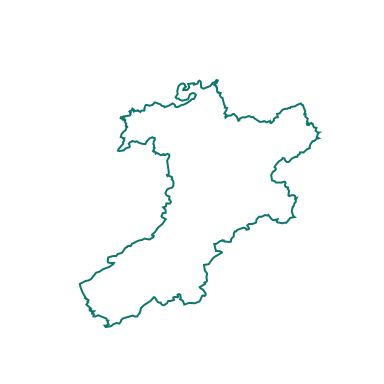 Ambositra, Amoron'i Mania, Madagascar (Natural Earth projection), rotated 248°
{"feature_id": "10022922B13687813160362", "entity_name": "Ambositra", "entity_type": "district", "adm_level": 2, "iso_a3": "MDG", "parent_name": "Madagascar", "parent_adm1": "Amoron'i Mania", "projection": "natural_earth1", "projection_center": [47.304, -20.561], "detail": "fine", "context": "isolated", "style": "outline", "palette": "teal", "viewbox_px": 384, "rotation_deg": 248, "n_neighbors": 0, "source": "geoboundaries", "source_scale": "gbopen_adm2", "svg_char_len": 6071}
<svg xmlns="http://www.w3.org/2000/svg" viewBox="0 0 384 384"><g transform="rotate(248 192 192)"><path d="M97.2,75.3L98.6,77.6L99.9,78.5L100.6,80.6L99.6,90.8L98.2,92.0L97.1,94.3L99.6,98.4L103.6,101.4L105.2,105.6L106.6,113.0L108.8,117.3L108.1,118.0L102.9,119.0L101.7,120.0L101.3,121.5L99.1,121.7L97.8,122.8L97.5,123.6L98.2,127.1L99.9,129.2L98.9,131.3L98.7,134.9L101.1,135.1L101.3,136.5L99.7,139.4L100.0,140.0L102.1,140.1L102.2,141.8L100.8,142.6L97.9,141.9L97.1,140.7L94.4,142.8L90.5,142.7L90.3,147.6L87.8,152.9L87.7,157.4L88.3,158.8L91.8,162.3L92.0,163.3L90.8,164.7L91.6,166.2L92.9,166.6L97.2,165.7L99.6,163.8L100.9,163.5L101.9,169.8L103.3,169.6L103.4,171.9L104.0,172.6L107.9,173.6L110.6,175.5L114.4,174.5L119.9,175.8L118.8,180.5L122.5,186.1L123.5,189.3L124.6,197.0L125.2,197.0L126.9,195.3L128.3,192.1L135.5,193.2L134.8,195.2L135.9,199.4L135.8,202.2L135.2,202.3L135.1,203.4L134.1,203.4L131.8,207.6L131.4,209.1L131.6,209.7L132.7,209.9L134.3,211.6L135.1,214.0L138.3,215.5L139.4,217.0L138.9,217.9L139.9,219.9L139.6,226.5L138.1,228.3L136.6,228.4L136.2,230.6L137.0,231.3L140.3,230.7L141.0,232.8L139.7,236.2L139.7,240.0L142.3,241.5L144.0,245.0L142.9,247.2L143.3,250.8L141.9,253.3L142.2,254.2L137.1,255.6L135.7,256.6L135.1,257.8L134.7,261.2L133.0,259.5L131.9,259.8L129.0,264.3L129.0,265.9L128.1,268.0L131.2,273.5L130.3,277.8L132.3,276.8L136.9,277.4L140.3,279.6L140.5,280.6L143.4,283.1L143.9,284.5L145.9,285.3L147.1,286.6L147.0,285.1L149.4,286.1L150.5,285.7L151.7,283.3L151.8,280.6L152.7,280.1L156.9,282.5L159.0,281.9L160.1,282.8L161.8,280.7L163.6,280.7L165.1,282.1L166.5,282.1L167.1,281.4L167.1,278.8L169.3,273.4L171.4,272.4L172.7,270.6L177.9,271.7L180.5,274.6L180.5,276.1L181.5,278.2L182.7,278.5L184.1,277.8L185.7,279.9L187.9,284.2L188.5,287.8L189.5,288.7L188.5,290.3L186.4,290.2L184.2,291.2L183.6,293.1L185.6,297.0L185.9,300.8L185.1,302.8L186.6,303.9L186.8,305.9L188.3,306.9L186.9,310.2L188.6,314.8L188.5,317.6L189.6,317.8L192.1,319.9L193.9,322.9L193.5,324.6L194.7,327.6L194.4,329.6L196.1,328.3L199.3,331.0L199.5,332.1L200.1,330.8L202.6,329.5L204.9,331.4L206.3,329.2L209.9,329.4L210.0,328.8L211.3,328.6L211.3,327.0L210.2,325.5L211.1,324.0L212.5,324.1L212.4,325.5L214.5,325.2L216.6,326.8L219.5,325.3L221.5,326.5L222.0,325.2L224.1,327.2L231.3,327.3L231.6,326.5L233.3,326.1L233.4,321.9L232.8,319.7L233.9,315.4L233.0,314.3L233.7,313.0L233.4,311.2L234.1,310.2L234.4,308.1L234.0,305.9L232.1,302.7L232.5,300.2L229.2,299.5L229.8,298.0L229.4,295.9L229.0,295.1L227.5,294.7L226.2,291.3L226.7,290.7L228.5,291.0L228.2,290.2L228.8,289.4L228.6,287.3L230.9,285.4L230.6,284.5L231.5,281.3L237.0,277.4L238.8,276.7L239.0,275.2L241.1,273.3L241.3,268.7L242.2,267.3L242.3,265.0L242.1,263.6L241.0,263.1L240.7,261.7L244.9,261.7L248.7,260.1L249.0,259.0L248.3,256.9L249.3,253.9L248.4,250.9L249.3,251.0L250.9,252.7L252.7,251.4L254.8,254.3L256.8,256.0L258.0,254.0L259.3,255.0L260.6,254.5L267.8,255.5L268.9,254.4L271.1,254.0L273.0,255.6L273.6,254.0L274.5,254.0L274.6,253.2L275.7,252.9L279.4,254.3L280.6,253.8L281.2,254.2L283.2,252.6L284.0,255.8L285.8,257.7L286.6,256.6L285.3,254.4L285.6,252.1L283.4,248.7L283.5,241.3L285.4,239.7L291.2,241.4L292.4,240.7L292.2,239.4L290.4,237.6L290.9,233.9L291.6,233.9L291.9,235.4L293.6,229.0L290.0,228.7L288.4,225.8L289.8,222.1L291.1,223.0L291.3,225.0L291.9,225.7L292.3,225.2L294.3,225.5L295.6,224.9L296.3,223.5L296.2,221.4L295.1,219.1L291.1,216.1L288.1,215.4L286.1,212.3L284.5,212.7L283.6,214.6L282.1,215.2L280.3,217.2L279.5,223.3L282.2,225.5L283.5,227.1L283.4,230.0L282.4,231.3L280.4,232.0L277.6,228.7L278.1,226.4L277.3,224.9L276.4,220.8L276.1,216.5L276.6,215.3L276.1,210.5L277.3,208.5L279.4,208.7L281.4,207.2L280.7,203.0L280.9,198.5L281.4,198.7L283.6,196.0L284.9,195.8L289.0,191.1L287.5,187.8L288.0,184.7L289.5,183.0L289.9,181.5L287.1,178.9L286.0,178.9L285.4,178.3L286.4,175.5L285.6,174.1L286.6,173.5L287.1,172.5L288.0,172.4L288.1,170.3L288.9,169.3L288.4,168.2L289.4,168.1L290.1,168.8L291.6,168.0L290.1,166.3L290.4,164.8L290.0,164.1L288.6,164.9L288.2,164.2L287.0,164.2L286.2,162.9L287.4,158.2L287.2,157.5L286.5,157.2L286.5,156.2L287.7,156.3L287.5,154.9L288.0,154.2L287.1,153.5L285.8,154.9L285.0,154.9L284.2,155.7L284.4,156.8L283.7,157.1L281.8,156.0L280.1,156.7L277.9,155.3L277.1,155.6L276.8,157.1L276.2,155.1L274.7,154.3L273.8,152.6L273.9,151.8L272.1,148.4L269.6,146.5L267.3,149.3L266.9,148.3L265.8,148.8L264.6,148.1L264.1,146.6L262.5,146.3L259.2,139.8L258.0,138.9L257.2,140.0L256.2,144.2L257.4,147.5L256.9,150.8L258.6,151.7L260.4,151.4L261.5,153.5L261.3,154.7L261.7,155.8L259.8,158.0L259.7,159.9L258.0,160.8L255.1,164.2L253.9,166.8L255.7,168.7L257.6,172.7L257.6,175.8L256.6,176.4L256.0,177.6L254.3,177.1L253.5,175.8L251.0,174.1L249.5,174.4L248.0,173.4L247.1,173.9L245.5,172.1L244.7,172.1L244.4,171.2L243.8,171.4L243.7,172.3L242.9,172.8L241.3,172.7L241.8,173.8L237.9,176.8L237.7,179.8L237.3,180.3L236.9,179.7L236.3,180.8L236.6,183.6L235.1,184.9L233.2,184.1L230.4,180.7L218.7,177.8L217.0,176.8L217.2,175.2L216.0,175.2L216.1,176.0L213.7,178.8L212.1,178.9L211.4,178.0L209.1,178.7L206.5,178.0L204.7,176.9L203.5,175.1L203.9,171.6L203.4,169.5L200.9,166.9L198.4,167.1L196.2,169.4L193.5,167.9L192.7,168.6L190.7,168.8L189.5,167.0L191.0,164.0L188.4,162.4L188.6,159.5L185.4,160.8L182.6,159.8L183.4,157.1L181.1,154.6L180.0,154.7L176.7,157.5L173.4,152.6L172.0,147.8L168.7,142.6L167.4,138.9L166.7,138.8L165.8,140.1L164.5,139.2L163.9,134.8L166.6,130.4L166.2,128.0L167.0,124.1L166.4,116.9L164.8,114.9L165.9,113.0L165.8,111.6L165.2,111.3L165.2,109.3L161.8,104.3L162.3,99.9L161.1,97.9L162.3,94.3L162.7,89.8L159.4,87.9L158.2,87.8L157.0,89.2L155.5,93.1L154.6,91.9L153.5,87.4L153.7,80.7L152.8,76.2L153.1,72.8L149.0,65.7L148.8,62.6L149.4,60.2L148.8,53.6L145.8,53.0L139.7,52.9L134.4,53.7L134.0,53.2L133.6,53.9L132.2,53.9L131.8,54.8L130.5,55.5L129.5,54.1L128.8,54.5L127.2,51.9L122.4,54.4L121.9,53.2L120.8,52.9L120.7,54.3L119.5,53.6L118.1,56.5L117.3,53.9L116.6,53.8L115.3,55.2L113.6,54.0L112.8,55.7L112.9,58.8L106.8,65.2L104.9,65.0L104.1,66.2L103.0,65.0L100.6,65.1L100.2,62.6L100.8,61.0L99.1,61.4L97.9,66.8L98.8,69.6L98.8,73.0L97.2,75.3Z" fill="none" stroke="#0f766e" stroke-width="2"/></g></svg>